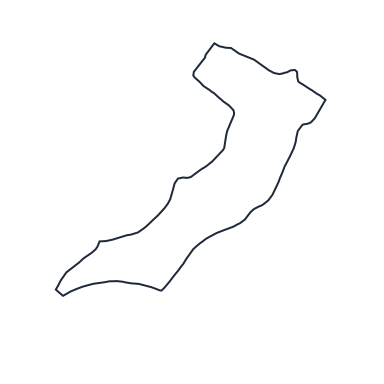 the district of San Andrés Sajcabajá, Quiché, Guatemala, rotated 35°
{"feature_id": "79465075B6703764087341", "entity_name": "San Andrés Sajcabajá", "entity_type": "district", "adm_level": 2, "iso_a3": "GTM", "parent_name": "Guatemala", "parent_adm1": "Quiché", "projection": "natural_earth1", "projection_center": [-90.946, 15.223], "detail": "fine", "context": "isolated", "style": "outline", "palette": "slate", "viewbox_px": 384, "rotation_deg": 35, "n_neighbors": 0, "source": "geoboundaries", "source_scale": "gbopen_adm2", "svg_char_len": 1959}
<svg xmlns="http://www.w3.org/2000/svg" viewBox="0 0 384 384"><g transform="rotate(35 192 192)"><path d="M259.5,148.0L257.2,134.3L256.0,129.9L255.5,127.4L254.6,123.2L253.3,118.2L251.8,106.7L250.4,98.6L249.3,94.7L248.1,91.3L246.0,87.0L243.7,81.4L243.9,74.4L244.4,72.8L246.8,70.6L248.0,69.1L248.6,68.3L249.5,66.6L250.3,61.2L248.5,40.0L241.5,39.5L237.9,39.9L232.0,39.9L229.4,40.1L220.3,40.4L216.9,40.7L215.7,40.5L212.5,37.7L209.2,33.4L206.8,33.0L205.7,33.4L202.9,36.0L201.1,39.6L199.0,41.7L198.8,42.3L196.1,45.2L194.4,46.0L190.9,47.5L185.2,48.2L166.9,48.0L151.3,51.6L141.3,51.7L137.0,54.4L132.3,56.3L131.0,56.9L125.0,57.4L124.5,71.7L125.6,74.8L125.3,78.9L124.6,92.5L126.2,95.8L128.7,96.7L135.5,97.5L140.7,98.6L148.1,98.4L151.0,98.6L153.6,98.4L159.9,99.3L163.1,99.5L165.4,99.9L172.6,99.9L179.0,101.2L181.0,102.9L182.2,105.0L185.8,121.8L187.7,126.4L193.2,137.6L193.3,140.0L191.1,155.1L188.9,162.7L186.2,169.0L182.4,180.5L180.0,183.2L176.3,185.3L174.1,187.7L172.8,189.0L172.8,194.8L174.9,200.6L178.3,210.4L178.9,215.4L178.8,220.7L177.6,230.2L176.1,237.3L174.8,243.9L174.1,246.9L173.1,250.3L170.9,256.2L166.2,262.2L163.5,264.7L154.1,276.8L149.6,281.6L144.6,285.5L145.9,291.0L145.9,294.5L144.6,299.6L141.3,308.3L140.0,314.4L135.2,329.8L135.2,339.3L135.5,341.8L135.8,344.0L136.3,348.4L136.4,350.0L138.2,350.3L140.3,350.5L145.9,351.0L148.9,344.7L149.8,342.8L150.9,341.1L152.7,338.2L156.7,332.3L159.5,328.9L163.8,323.8L172.2,316.0L175.6,312.5L178.0,310.8L181.2,308.3L186.6,305.3L189.8,304.0L194.9,301.5L201.1,297.8L213.5,293.2L222.5,290.9L223.6,290.1L224.3,286.2L225.0,278.1L225.3,270.1L225.8,264.2L225.8,260.1L226.1,255.9L225.7,250.4L225.8,238.3L226.5,234.9L227.9,229.6L229.1,226.3L230.2,222.6L232.2,218.3L233.1,216.7L234.1,214.6L235.8,211.3L240.5,204.3L245.7,196.8L247.9,192.3L249.1,190.3L251.1,184.3L251.5,175.1L252.4,171.0L253.2,169.1L255.4,165.1L256.7,163.1L257.4,161.5L258.5,157.9L259.3,155.0L259.5,148.0Z" fill="none" stroke="#1e293b" stroke-width="2"/></g></svg>